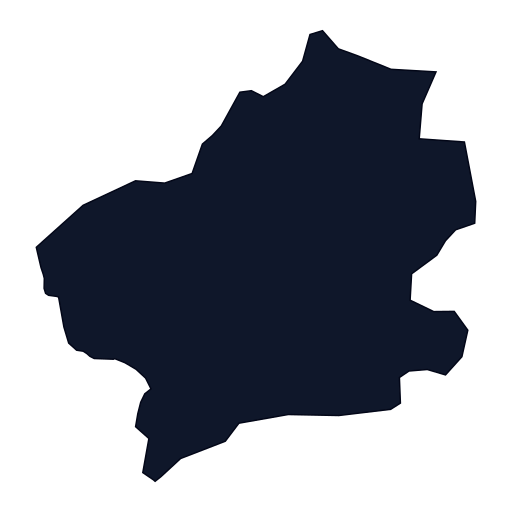 the District of Făleşti
{"feature_id": "MDA-1620", "entity_name": "Făleşti", "entity_type": "District", "adm_level": 1, "iso_a3": "MDA", "parent_name": "Moldova", "parent_adm1": "", "projection": "albers", "projection_center": [27.695, 47.571], "detail": "fine", "context": "isolated", "style": "filled", "palette": "ink", "viewbox_px": 512, "rotation_deg": 0, "n_neighbors": 0, "source": "natural_earth", "source_scale": "10m", "svg_char_len": 1014}
<svg xmlns="http://www.w3.org/2000/svg" viewBox="0 0 512 512"><path d="M37.7,253.4L36.3,247.3L83.1,205.3L135.5,180.8L164.7,183.1L192.1,173.5L202.4,144.1L212.2,135.7L221.3,126.0L239.9,92.2L251.4,90.7L263.3,96.7L285.1,84.2L302.6,61.2L310.0,34.5L322.5,30.7L338.3,48.8L358.1,56.0L391.0,69.3L436.0,71.9L422.1,103.8L419.2,138.8L464.4,142.0L475.7,201.4L474.7,223.2L455.6,229.8L445.5,240.7L436.8,255.2L411.6,273.8L410.1,300.2L433.7,311.6L454.2,311.4L467.8,330.2L461.9,356.7L445.5,374.9L427.3,369.5L409.0,371.0L399.4,377.5L400.4,403.1L390.7,409.3L338.8,415.5L288.2,414.5L238.9,423.2L225.3,441.2L180.6,458.5L161.0,476.6L155.1,481.3L153.4,479.8L142.8,472.6L148.9,438.5L135.6,426.7L137.8,413.7L140.7,402.3L144.8,393.8L151.0,388.9L145.6,378.1L136.1,369.3L124.9,362.7L114.7,358.6L113.5,359.2L94.2,358.5L89.9,356.3L86.9,353.6L83.2,351.2L76.6,350.2L68.7,343.1L63.9,327.0L58.6,297.1L56.7,296.4L48.6,295.3L45.6,293.3L44.1,288.4L44.3,278.4L43.3,274.4L41.0,267.5L37.7,253.4Z" fill="#0f172a" stroke="#020617" stroke-width="1.5"/></svg>